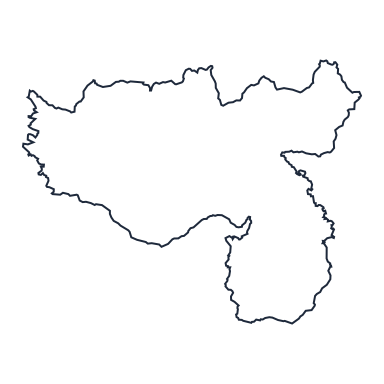 Rosário do Sul, Rio Grande do Sul, Brazil
{"feature_id": "56859067B54668375607897", "entity_name": "Rosário do Sul", "entity_type": "district", "adm_level": 2, "iso_a3": "BRA", "parent_name": "Brazil", "parent_adm1": "Rio Grande do Sul", "projection": "mercator", "projection_center": [-55.098, -30.378], "detail": "fine", "context": "isolated", "style": "outline", "palette": "slate", "viewbox_px": 384, "rotation_deg": 0, "n_neighbors": 0, "source": "geoboundaries", "source_scale": "gbopen_adm2", "svg_char_len": 5884}
<svg xmlns="http://www.w3.org/2000/svg" viewBox="0 0 384 384"><path d="M28.0,134.9L27.7,139.6L33.3,142.3L27.9,144.4L23.4,143.7L23.0,146.7L29.1,152.3L29.3,153.6L28.3,154.4L28.7,155.5L30.7,154.4L31.5,155.8L32.9,155.2L34.5,156.0L35.3,157.3L38.1,158.8L37.2,160.4L38.9,163.5L41.2,164.5L43.9,164.6L43.7,166.7L40.9,166.7L41.9,169.0L41.6,170.6L38.4,173.0L38.7,174.4L40.9,174.9L42.9,173.1L44.1,175.0L46.2,175.7L46.0,177.0L48.1,178.0L48.5,180.8L46.3,185.8L47.0,186.9L49.4,187.2L53.8,189.2L53.7,191.8L51.8,193.4L52.6,194.1L60.2,194.7L62.9,192.8L68.4,194.1L70.0,195.8L76.7,194.7L77.8,195.3L79.7,200.5L82.7,202.1L86.0,201.8L90.9,203.1L94.7,205.0L96.0,204.2L102.0,205.1L109.9,210.8L109.9,213.9L111.4,217.5L113.7,220.9L118.2,223.3L120.5,225.6L128.3,230.3L129.6,231.8L131.3,237.3L137.0,239.8L145.8,242.0L147.8,243.6L151.7,243.2L159.2,244.5L161.5,246.8L168.1,243.9L172.4,239.3L174.1,238.5L178.3,238.4L181.5,236.2L184.0,235.9L188.1,232.4L188.3,231.0L190.5,228.2L193.5,227.4L201.8,220.0L203.8,219.0L206.8,218.9L207.8,217.4L210.3,216.0L212.0,215.9L212.9,215.2L215.2,215.8L217.6,215.0L221.9,215.2L229.2,219.3L230.7,222.7L234.6,224.9L236.4,226.9L238.6,227.3L241.9,226.8L242.1,225.3L245.3,222.7L246.5,219.8L247.5,219.2L247.6,217.9L248.8,216.7L250.1,217.0L249.9,219.5L251.1,221.0L251.2,222.9L250.0,224.0L249.1,228.0L247.3,231.0L247.0,232.5L247.5,233.8L241.8,236.3L242.2,237.6L239.8,239.5L238.9,239.4L238.2,238.1L234.2,236.4L233.3,236.6L233.8,237.5L232.7,239.1L232.4,238.0L229.4,236.1L225.5,238.1L226.3,240.8L230.7,246.2L230.2,252.5L228.2,255.5L229.2,256.0L228.4,257.0L228.6,259.5L225.6,263.1L226.1,265.7L228.0,266.2L227.8,267.3L230.2,267.3L229.5,269.2L230.0,271.1L229.2,275.9L227.0,279.0L227.6,279.8L227.3,281.0L225.1,283.9L225.8,285.0L225.5,286.4L228.4,289.7L230.8,289.8L232.4,291.2L233.1,292.8L231.0,296.4L231.1,299.9L234.5,301.8L238.6,305.5L237.6,306.5L237.4,308.1L237.9,309.1L237.3,313.7L236.1,314.5L236.6,317.1L238.2,318.0L238.8,319.7L241.8,319.9L243.2,320.8L251.3,322.8L251.9,321.9L254.0,321.7L256.2,319.6L260.1,320.4L260.7,319.3L262.7,319.5L265.2,318.0L269.3,317.2L272.4,317.6L278.0,320.0L283.5,321.2L284.7,320.9L292.1,323.5L298.9,318.6L300.4,316.4L302.7,314.9L305.7,310.8L311.6,310.1L314.7,305.7L314.9,304.5L313.7,303.2L315.1,295.9L316.8,294.0L320.2,292.0L322.1,288.3L326.8,284.8L330.3,279.3L330.5,275.4L328.3,270.8L330.2,266.8L331.3,266.7L331.0,265.4L330.0,264.7L330.2,263.4L327.8,261.6L326.6,258.5L326.7,247.5L323.8,243.2L322.6,243.2L323.2,242.0L322.9,240.9L324.2,241.0L327.2,238.2L331.7,237.1L333.8,238.0L334.1,236.9L331.6,235.1L334.0,229.4L333.3,228.6L332.3,229.1L331.2,228.3L331.8,226.9L331.5,225.1L332.5,225.1L333.6,223.4L331.9,221.3L330.7,220.8L327.8,221.4L328.1,219.9L326.8,218.8L324.8,219.0L325.5,217.8L323.3,217.2L324.2,216.2L324.0,215.0L324.7,213.7L326.0,213.5L325.2,210.7L323.6,211.2L322.9,210.4L322.4,209.1L323.7,208.2L323.4,207.2L320.3,205.1L318.7,205.0L317.5,206.1L315.7,205.9L315.7,203.2L314.6,203.3L314.0,202.4L313.0,196.2L310.9,196.3L310.7,194.4L308.0,194.1L307.3,190.5L308.5,188.9L311.4,190.4L312.3,189.2L311.3,188.4L312.1,184.6L310.8,181.3L309.4,181.1L307.8,179.8L307.6,178.2L303.2,176.7L302.9,175.6L304.3,175.4L305.4,173.1L305.0,171.7L300.5,170.4L299.2,170.9L298.5,172.9L300.3,173.7L300.7,174.7L299.4,175.2L297.0,174.0L296.0,173.0L296.7,171.7L293.8,167.2L291.8,166.8L291.6,165.2L289.1,163.8L288.5,162.1L287.2,161.7L285.3,159.5L285.7,158.1L284.6,157.4L284.0,155.8L281.3,155.9L281.0,154.8L282.3,152.4L284.6,152.7L285.2,151.9L289.2,151.7L291.5,150.7L293.4,152.3L297.4,151.7L298.9,152.3L302.0,151.5L306.1,153.3L311.8,154.3L315.2,154.0L318.4,156.5L320.2,156.3L320.9,154.6L324.0,153.1L327.6,152.1L329.8,152.5L331.1,151.7L334.1,148.0L333.7,141.4L335.5,138.8L336.5,135.1L335.2,130.2L339.2,126.9L342.6,125.5L343.4,121.8L344.7,119.6L347.8,117.1L348.7,115.4L348.9,112.7L347.8,110.4L349.2,109.4L354.3,109.1L354.7,102.6L358.4,99.6L359.5,98.3L359.0,97.4L360.4,96.8L361.0,95.7L359.3,91.9L353.9,92.0L352.4,92.7L347.0,87.7L344.8,82.5L343.6,82.1L341.9,79.8L341.4,76.3L340.1,74.6L337.8,73.4L338.1,68.9L336.5,67.4L337.3,64.7L335.4,62.2L334.2,62.3L333.8,63.8L332.6,64.7L331.4,64.6L327.8,63.1L327.3,61.3L326.2,60.5L323.4,61.4L320.6,60.7L319.8,63.7L319.1,64.2L319.8,65.4L319.7,66.7L314.8,71.8L313.6,74.6L312.9,80.1L313.2,82.9L312.1,83.4L309.1,87.4L306.8,88.0L301.9,91.7L300.2,92.4L292.7,89.7L284.0,88.1L277.0,89.6L275.5,87.5L273.9,82.0L271.0,81.5L268.7,79.2L265.3,77.8L263.8,76.3L261.5,77.8L259.3,80.6L258.4,83.4L254.0,85.4L251.2,84.9L246.9,88.2L244.0,92.4L242.4,93.7L242.0,98.1L240.0,100.5L236.3,100.4L233.0,102.2L228.5,102.7L223.2,105.7L221.3,104.9L219.9,99.9L218.2,98.4L218.8,93.2L215.8,87.9L215.7,83.6L214.9,81.4L211.3,75.0L210.7,70.1L212.5,67.8L212.2,66.2L210.9,65.9L208.6,67.4L206.9,69.6L205.6,69.9L201.4,68.1L199.2,68.3L197.9,70.0L197.3,72.6L194.3,70.5L192.0,70.9L190.2,68.9L188.8,68.7L185.8,70.2L183.4,75.0L183.2,77.7L183.9,78.5L182.9,81.4L181.8,82.4L176.1,84.3L175.1,84.1L171.3,80.7L165.2,82.5L163.0,82.1L159.2,83.8L156.0,82.6L153.8,84.0L152.1,86.8L151.1,90.5L150.0,90.5L150.1,88.2L148.4,85.2L143.9,84.6L142.9,83.7L143.4,82.5L130.5,81.4L127.3,82.6L123.2,80.8L120.3,80.8L118.8,81.7L115.9,81.9L110.6,85.8L102.9,87.0L97.1,84.8L96.6,83.6L95.1,83.3L94.7,80.6L93.4,80.2L92.8,81.5L87.5,85.6L83.5,91.4L83.7,97.4L80.7,101.5L79.5,101.5L76.3,104.1L75.9,105.6L74.8,106.5L74.5,111.7L71.2,112.5L70.1,111.4L65.5,109.6L62.3,109.3L58.3,107.6L56.5,108.5L54.9,107.9L52.5,105.3L49.0,105.2L46.6,103.0L46.4,101.9L43.6,100.6L40.2,96.7L37.4,96.6L37.3,94.8L33.9,91.5L32.8,90.9L30.9,91.6L29.8,90.7L28.7,96.7L27.7,97.3L30.8,99.4L35.5,106.7L35.9,108.2L33.7,109.2L34.0,110.4L36.7,112.2L33.0,113.5L31.2,116.2L28.6,116.1L28.6,117.1L29.7,117.7L35.3,118.9L30.6,123.3L30.8,124.6L28.6,125.9L29.4,127.1L32.7,129.1L38.4,131.1L38.3,133.0L37.4,133.6L37.3,134.9L35.4,137.5L32.9,135.2L30.3,134.2L28.7,134.2L28.0,134.9ZM323.8,243.2L324.7,242.3L324.2,241.0L323.2,242.0L323.8,243.2Z" fill="none" stroke="#1e293b" stroke-width="2"/></svg>